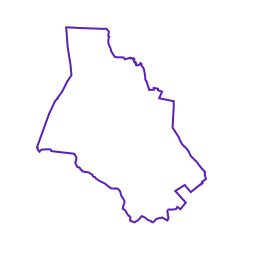 Bodesti, Neamt, Romania, rotated 198°
{"feature_id": "2599482B65662709621675", "entity_name": "Bodesti", "entity_type": "district", "adm_level": 2, "iso_a3": "ROU", "parent_name": "Romania", "parent_adm1": "Neamt", "projection": "natural_earth1", "projection_center": [26.436, 47.042], "detail": "fine", "context": "isolated", "style": "outline", "palette": "violet", "viewbox_px": 256, "rotation_deg": 198, "n_neighbors": 0, "source": "geoboundaries", "source_scale": "gbopen_adm2", "svg_char_len": 3576}
<svg xmlns="http://www.w3.org/2000/svg" viewBox="0 0 256 256"><g transform="rotate(198 128 128)"><path d="M210.5,206.7L217.9,204.6L210.4,186.4L202.3,170.5L198.1,160.7L198.8,158.3L199.0,157.4L199.8,155.0L199.7,154.7L200.0,154.4L200.0,153.9L200.1,153.7L201.2,146.4L201.5,144.7L201.8,143.0L201.9,142.5L202.0,142.1L201.9,141.9L202.5,140.4L203.3,137.8L203.9,136.0L204.3,135.2L204.2,134.8L203.9,134.4L204.4,133.5L204.7,133.5L205.0,132.6L205.3,131.8L205.5,131.5L205.9,129.6L205.9,129.3L207.4,117.3L208.6,81.5L208.5,81.2L208.0,81.3L208.0,81.1L207.7,80.8L207.5,80.2L206.8,79.7L206.4,79.0L206.3,78.9L204.8,78.1L204.6,78.9L204.5,79.4L203.7,80.5L202.9,81.0L202.3,81.2L199.1,82.5L195.1,83.7L194.4,83.0L193.9,82.3L171.2,86.9L170.8,86.6L169.8,85.6L169.2,85.2L168.0,84.0L167.5,82.7L167.7,81.8L167.3,81.0L167.5,80.7L167.4,80.1L167.5,78.8L167.1,78.5L166.7,77.9L166.2,77.1L165.3,76.4L164.6,75.7L163.9,75.1L163.4,75.2L162.5,75.5L161.6,75.1L160.8,74.8L160.4,73.9L159.1,73.7L158.1,72.7L157.4,72.9L155.9,72.8L154.5,73.1L152.3,73.5L150.9,73.5L150.1,73.1L148.8,72.9L147.3,72.5L146.8,72.0L146.2,71.1L145.6,71.0L144.1,71.0L142.7,69.9L141.0,69.6L140.4,69.3L139.1,68.9L138.7,68.8L137.8,68.8L135.4,68.4L133.7,68.2L132.1,67.8L130.3,67.0L128.8,66.5L127.1,66.0L126.7,65.7L126.2,65.4L125.5,65.5L124.0,65.7L122.5,66.0L120.8,66.7L120.7,67.0L119.4,67.0L118.8,67.0L118.6,66.9L117.0,66.1L115.6,64.9L113.8,62.0L112.6,60.7L110.8,59.4L110.4,59.1L108.9,57.5L108.5,56.6L108.3,56.3L108.4,52.4L108.1,49.6L107.8,49.4L107.5,49.4L106.7,49.4L104.9,48.7L104.8,48.4L102.7,46.5L100.9,45.1L100.5,44.7L100.2,44.7L99.6,44.9L99.2,44.7L98.8,44.3L97.9,43.4L97.5,40.6L92.8,40.2L92.7,40.2L92.0,41.0L91.1,42.2L90.3,42.9L88.8,45.6L88.3,47.4L87.7,48.5L85.4,48.2L84.1,48.1L81.3,46.8L79.1,46.6L77.4,46.6L76.7,46.0L75.1,46.0L73.9,47.7L73.5,49.4L72.1,50.7L71.4,51.4L70.8,51.8L69.8,52.1L69.3,52.4L68.9,52.6L67.9,53.5L62.0,52.2L61.8,53.2L61.8,55.4L62.4,56.2L62.9,56.8L63.1,57.1L63.4,58.1L63.5,58.8L64.0,59.3L64.9,61.1L64.7,62.1L64.5,62.9L62.3,63.7L61.4,63.7L57.2,65.8L56.7,68.3L53.1,66.9L50.0,74.9L63.6,82.7L56.5,91.3L48.5,86.4L41.5,97.1L41.0,96.9L40.0,98.7L41.1,99.4L38.8,102.6L38.1,103.6L39.6,105.7L41.1,108.5L40.9,109.6L41.7,110.5L42.5,110.7L45.2,112.2L50.3,115.5L51.4,116.6L59.6,120.7L62.8,124.2L64.7,125.7L67.4,127.2L68.8,127.9L71.3,129.1L74.9,132.4L76.8,134.9L85.7,142.1L91.1,162.4L92.8,167.6L107.6,165.9L106.8,173.1L108.0,173.1L111.3,173.2L111.7,174.6L115.9,174.1L115.8,173.7L115.6,173.1L115.4,172.7L115.3,172.3L115.6,172.2L119.6,170.8L119.7,171.1L119.9,171.3L120.0,171.4L120.1,171.6L120.5,172.1L122.0,174.2L123.4,176.2L124.8,178.0L126.4,179.3L127.6,182.3L130.2,187.4L131.9,189.9L133.4,191.0L134.1,191.3L134.7,191.7L135.0,193.2L135.6,193.4L136.2,193.6L136.4,192.5L136.7,191.9L137.4,191.1L139.3,190.1L140.0,190.5L140.2,190.8L140.2,191.3L140.1,191.6L140.1,191.9L140.3,192.0L141.0,192.0L141.1,193.0L141.3,193.1L141.5,193.2L141.9,193.0L142.0,192.9L142.3,192.8L142.5,192.8L142.8,193.0L143.1,193.3L143.3,193.6L143.8,194.3L144.0,194.5L143.9,194.9L143.6,195.2L143.2,195.4L143.4,195.8L143.7,195.9L143.9,195.8L144.2,195.9L144.4,195.9L144.8,195.7L145.1,195.5L145.5,195.5L146.1,195.5L146.5,195.6L146.7,195.2L146.9,195.0L147.2,194.9L147.5,195.1L147.8,195.4L152.1,192.4L152.9,193.0L153.5,193.4L153.9,193.7L155.5,193.3L160.3,191.9L160.9,191.8L161.4,191.6L161.8,191.6L162.0,191.8L162.8,191.6L163.5,192.3L164.8,193.3L165.5,193.9L167.9,196.0L169.1,198.3L170.8,199.9L172.7,202.4L173.7,204.7L174.3,208.2L174.0,209.0L175.3,209.6L176.0,213.7L179.2,215.8L182.3,214.6L184.1,214.1L207.2,207.5L210.5,206.7Z" fill="none" stroke="#5b21b6" stroke-width="2"/></g></svg>